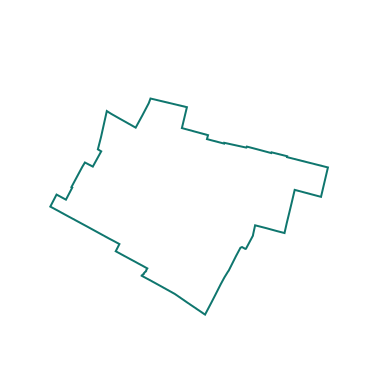 the district of Mercedes, Buenos Aires, Argentina, rotated 150°
{"feature_id": "61730980B17018817153702", "entity_name": "Mercedes", "entity_type": "district", "adm_level": 2, "iso_a3": "ARG", "parent_name": "Argentina", "parent_adm1": "Buenos Aires", "projection": "natural_earth1", "projection_center": [-59.369, -34.7], "detail": "fine", "context": "isolated", "style": "outline", "palette": "teal", "viewbox_px": 384, "rotation_deg": 150, "n_neighbors": 0, "source": "geoboundaries", "source_scale": "gbopen_adm2", "svg_char_len": 1537}
<svg xmlns="http://www.w3.org/2000/svg" viewBox="0 0 384 384"><g transform="rotate(150 192 192)"><path d="M322.0,250.2L311.3,232.7L299.9,214.2L287.2,193.3L284.4,188.9L280.9,183.2L287.7,178.8L278.3,163.5L268.9,148.2L269.1,148.1L269.4,147.9L269.5,147.9L269.8,147.7L270.1,147.6L270.3,147.4L270.6,147.2L270.8,147.1L270.9,146.9L271.0,146.8L271.1,146.6L271.3,146.5L271.5,146.5L271.6,146.4L271.8,146.4L272.1,146.2L272.3,146.2L272.6,146.2L272.8,146.2L273.0,146.1L273.3,146.0L273.5,145.9L273.8,145.8L274.0,145.7L274.3,145.7L274.5,145.5L274.6,145.3L274.8,145.3L274.9,145.2L275.0,145.1L275.3,145.2L275.5,145.2L275.8,145.0L276.0,145.0L276.3,144.9L276.5,144.8L276.9,144.9L277.1,144.9L277.3,144.9L277.5,144.7L269.5,131.7L257.8,112.2L251.3,98.5L242.0,79.3L230.6,86.5L223.6,91.0L213.2,97.8L206.7,101.8L200.4,105.2L199.6,105.5L186.1,114.4L177.9,119.5L176.2,119.3L174.3,116.1L173.6,115.9L161.1,123.7L160.2,124.8L154.0,131.6L145.6,123.4L138.0,115.7L132.4,110.2L125.4,117.8L118.9,124.6L114.9,128.8L111.2,132.7L102.0,142.5L82.7,123.3L62.0,145.3L92.3,174.7L91.7,175.4L103.3,186.6L103.9,186.1L114.2,196.4L121.8,203.9L122.1,203.7L122.3,203.7L122.5,203.5L122.6,203.3L122.8,203.3L123.0,203.5L129.5,209.4L139.5,218.5L140.0,217.9L140.1,218.0L152.6,230.3L149.7,233.2L168.8,252.4L154.0,268.0L181.2,293.7L185.1,290.5L196.8,283.1L208.6,275.9L217.9,291.6L222.9,300.1L225.3,304.7L243.3,285.1L252.2,276.0L250.3,272.6L265.2,263.6L270.0,271.1L274.5,268.6L294.0,256.5L293.5,255.7L305.0,248.4L310.6,257.5L322.0,250.2Z" fill="none" stroke="#0f766e" stroke-width="2"/></g></svg>